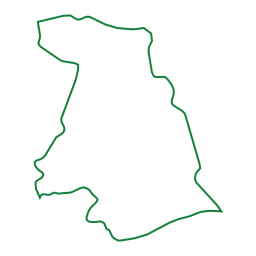 the Province of Kotayk
{"feature_id": "ARM-1673", "entity_name": "Kotayk", "entity_type": "Province", "adm_level": 1, "iso_a3": "ARM", "parent_name": "Armenia", "parent_adm1": "", "projection": "robinson", "projection_center": [44.631, 40.391], "detail": "fine", "context": "isolated", "style": "outline", "palette": "green", "viewbox_px": 256, "rotation_deg": 0, "n_neighbors": 0, "source": "natural_earth", "source_scale": "10m", "svg_char_len": 1655}
<svg xmlns="http://www.w3.org/2000/svg" viewBox="0 0 256 256"><path d="M143.9,28.0L151.1,33.5L152.0,40.6L151.2,42.6L149.2,46.3L148.6,49.4L148.7,52.7L151.9,72.3L153.2,75.0L154.7,76.8L156.6,77.1L163.4,76.8L165.1,77.1L166.8,78.5L169.0,81.0L172.2,85.9L173.5,89.2L173.9,92.3L173.4,94.9L172.1,99.4L171.6,102.0L172.1,103.8L173.1,105.2L182.0,110.8L184.5,113.2L185.5,115.7L199.6,164.2L200.2,168.4L197.4,171.5L195.8,173.8L195.0,177.9L195.3,180.3L196.4,182.6L216.9,205.0L221.4,211.4L210.2,210.8L201.0,211.8L189.4,216.3L178.4,219.2L169.9,222.5L147.3,234.4L135.0,238.2L120.0,240.6L118.0,240.4L114.3,238.5L112.2,236.6L109.3,230.2L106.5,228.8L104.2,223.3L102.2,222.0L100.2,221.4L94.4,222.1L89.3,221.8L87.2,220.4L86.4,218.3L86.9,215.9L87.8,213.3L88.7,211.0L89.8,209.1L90.7,207.8L95.6,202.9L96.8,201.4L97.6,199.8L97.3,198.9L95.8,197.2L93.2,195.0L88.9,189.6L86.1,188.1L83.7,187.3L80.3,188.2L71.9,192.1L70.0,192.6L58.3,193.6L54.6,192.7L53.7,192.8L52.9,193.1L50.9,194.3L50.0,194.6L48.4,194.8L46.7,194.7L43.7,194.2L42.7,194.3L42.0,194.6L41.4,195.1L41.0,195.6L40.7,196.0L39.9,197.7L36.1,189.2L35.6,185.1L35.6,182.5L36.4,181.0L40.1,178.8L41.8,177.5L43.1,175.6L43.2,174.1L42.5,172.7L39.1,170.4L37.1,168.5L34.8,164.9L34.6,162.6L35.7,160.9L37.7,160.1L39.9,159.5L42.5,158.1L45.1,155.6L56.3,137.2L60.8,134.5L63.5,132.2L64.4,129.6L64.1,127.1L61.7,122.2L61.2,118.9L75.7,79.9L77.9,70.5L78.2,64.9L76.1,63.7L74.1,63.0L62.7,61.3L60.1,60.1L40.8,46.9L38.7,44.4L38.5,42.9L39.9,37.8L39.9,34.5L37.8,21.9L62.8,15.9L70.2,15.4L75.2,18.4L78.0,19.7L80.4,19.3L86.3,16.8L88.5,16.7L90.4,17.2L105.4,24.5L117.7,28.1L132.0,29.3L135.1,29.2L143.9,28.0Z" fill="none" stroke="#15803d" stroke-width="2"/></svg>